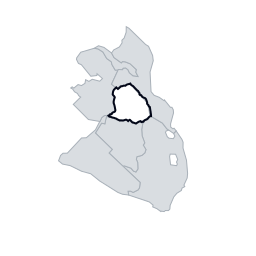 map of Zimbabwe with South Africa, Botswana, Namibia and 3 others greyed out, rotated 315°
{"feature_id": "ZWE", "entity_name": "Zimbabwe", "entity_type": "country or territory", "adm_level": 0, "iso_a3": "ZWE", "parent_name": "Africa", "parent_adm1": "", "projection": "equal_earth", "projection_center": [29.641, -19.023], "detail": "fine", "context": "with_neighbors", "style": "outline", "palette": "ink", "viewbox_px": 256, "rotation_deg": 315, "n_neighbors": 6, "source": "natural_earth", "source_scale": "50m", "svg_char_len": 5409}
<svg xmlns="http://www.w3.org/2000/svg" viewBox="0 0 256 256"><g transform="rotate(315 128 128)"><path d="M81.1,175.9L83.3,172.7L85.2,174.5L86.1,177.2L91.4,178.9L93.9,178.4L98.1,175.1L97.4,151.3L98.7,152.3L101.7,158.5L101.4,162.4L102.5,164.7L106.0,164.0L110.5,159.2L111.7,156.1L114.0,154.6L118.4,157.2L122.3,157.5L125.4,156.0L126.7,150.9L129.3,150.4L132.4,143.6L136.7,138.7L143.6,133.9L152.2,134.9L155.8,148.8L154.9,156.0L155.3,158.3L152.8,157.1L151.4,157.6L149.6,161.9L149.7,164.1L152.5,167.6L155.4,166.9L156.4,164.1L160.0,164.1L158.1,174.1L156.9,177.0L152.7,181.1L146.6,192.1L138.0,202.3L134.5,205.2L127.2,207.9L126.7,209.6L123.8,208.7L121.5,209.9L116.5,208.7L111.7,209.1L103.1,212.5L100.3,214.9L98.2,215.0L96.1,212.8L94.5,212.7L92.4,209.9L92.2,210.8L91.4,205.5L89.7,201.3L91.2,200.2L90.8,195.4L81.1,175.9ZM143.1,180.2L139.4,176.3L137.2,177.6L132.1,184.1L135.7,189.0L137.4,188.4L138.2,186.4L140.9,185.4L143.1,180.2Z" fill="#d9dde1" stroke="#a8b0b8" stroke-width="1"/><path d="M143.6,133.9L136.7,138.7L132.4,143.6L129.3,150.4L126.7,150.9L125.4,156.0L122.3,157.5L118.4,157.2L114.0,154.6L111.7,156.1L110.5,159.2L106.0,164.0L102.5,164.7L101.4,162.4L101.7,158.5L98.7,152.3L97.4,151.3L96.9,132.3L101.7,132.0L101.4,108.5L112.7,105.9L114.6,108.7L117.8,106.1L122.9,105.0L127.5,115.4L133.1,122.7L135.2,123.4L136.7,129.9L140.5,130.9L143.6,133.9Z" fill="#d9dde1" stroke="#a8b0b8" stroke-width="1"/><path d="M96.9,132.3L98.1,175.1L93.9,178.4L91.4,178.9L86.1,177.2L85.2,174.5L83.3,172.7L81.1,175.9L77.3,171.0L75.3,166.4L70.5,145.4L69.3,134.0L64.6,125.8L60.5,113.7L56.2,107.2L55.7,102.1L61.0,99.7L64.2,99.9L67.3,102.9L88.1,102.2L91.6,105.4L103.7,106.3L116.8,102.1L120.0,102.5L122.0,104.0L114.6,108.7L112.7,105.9L101.4,108.5L101.7,132.0L96.9,132.3Z" fill="#d9dde1" stroke="#a8b0b8" stroke-width="1"/><path d="M148.2,41.0L160.4,47.7L162.7,50.8L164.0,56.5L162.1,63.8L163.0,69.4L161.5,71.8L159.9,78.1L162.5,79.8L147.3,85.4L147.8,90.1L144.0,91.0L141.2,93.7L140.6,96.0L138.8,96.6L131.8,106.4L122.9,105.0L120.0,102.5L116.8,102.1L112.8,103.6L106.0,94.0L106.0,72.6L116.4,72.7L116.0,70.3L116.7,67.8L115.8,64.6L116.4,61.3L115.8,59.2L117.6,59.4L117.9,61.5L123.4,62.0L125.1,65.1L129.1,66.0L132.2,63.9L133.3,67.4L137.2,68.3L141.1,74.9L144.9,75.0L144.5,67.7L143.1,68.9L138.3,65.1L139.8,50.3L138.6,47.3L140.1,43.0L141.4,42.1L148.2,41.0Z" fill="#d9dde1" stroke="#a8b0b8" stroke-width="1"/><path d="M160.4,47.7L165.3,49.0L168.0,54.0L169.4,63.3L167.9,68.4L169.3,77.2L171.0,77.1L172.8,79.2L174.9,84.1L175.2,92.7L173.0,94.1L171.5,98.8L168.3,94.7L167.9,89.9L169.0,86.8L168.7,84.1L166.8,82.4L165.4,83.0L159.9,78.1L161.5,71.8L163.0,69.4L162.1,63.8L164.0,56.5L162.7,50.8L160.4,47.7Z" fill="#d9dde1" stroke="#a8b0b8" stroke-width="1"/><path d="M169.4,63.3L173.2,62.7L179.2,64.6L184.0,63.6L185.8,61.6L188.8,61.7L194.4,59.0L198.4,55.1L199.2,58.1L199.5,81.4L200.3,84.7L196.7,94.1L193.4,98.3L183.2,104.0L170.0,118.6L169.6,123.4L171.8,128.4L172.8,134.2L173.6,133.9L172.6,143.3L173.7,144.4L172.9,147.1L170.9,149.5L161.0,155.2L158.8,157.6L159.2,160.3L160.4,160.7L160.0,164.1L156.4,164.1L154.9,156.0L155.8,148.8L152.2,134.9L157.4,127.4L159.5,122.1L160.6,98.2L158.0,96.1L155.7,95.6L152.3,92.5L148.1,92.6L147.3,85.4L162.5,79.8L165.4,83.0L166.8,82.4L168.7,84.1L169.0,86.8L167.9,89.9L168.3,94.7L171.5,98.8L173.0,94.1L175.2,92.7L174.9,84.1L172.8,79.2L171.0,77.1L169.3,77.2L167.9,68.4L169.4,63.3Z" fill="#d9dde1" stroke="#a8b0b8" stroke-width="1"/><path d="M152.7,135.9L152.3,135.5L151.7,135.3L150.9,135.2L149.9,135.2L148.7,135.4L147.3,135.2L145.9,134.5L144.8,134.2L143.4,134.5L143.1,134.3L142.7,133.8L142.0,133.7L141.9,133.6L141.7,133.4L141.6,133.1L141.6,132.9L141.7,132.0L141.6,131.9L141.1,131.7L140.3,131.3L139.2,131.0L137.5,130.6L136.8,130.5L136.7,130.3L136.5,130.0L136.1,129.0L135.8,128.4L135.1,127.4L135.0,127.1L135.0,126.3L135.0,125.7L135.1,125.1L135.1,124.6L135.1,124.0L135.1,123.6L135.0,123.4L134.7,123.3L134.0,123.2L133.0,123.2L133.0,122.6L132.9,121.6L132.7,121.0L132.5,120.7L132.1,120.4L131.2,120.0L130.0,119.4L129.0,118.4L127.9,117.2L127.5,117.0L127.1,115.9L126.4,114.0L126.4,113.3L126.3,113.0L125.7,112.1L125.6,111.6L125.4,111.1L124.4,109.7L124.1,109.1L123.8,108.4L123.6,107.7L123.3,107.5L123.0,107.1L122.8,106.6L122.7,106.2L122.8,105.7L122.9,105.4L123.9,105.8L124.4,105.8L124.8,105.6L125.3,105.8L125.9,106.5L126.6,106.6L127.3,106.2L128.2,106.3L129.5,106.9L130.5,107.1L131.7,106.5L132.7,105.0L133.7,103.5L134.7,101.9L135.3,100.5L136.2,99.4L137.3,98.6L138.5,97.9L140.3,97.0L140.6,96.3L140.7,95.5L140.7,94.4L140.8,93.7L141.0,93.3L141.3,93.1L141.7,92.8L142.9,91.9L143.9,91.4L145.1,91.0L146.4,91.0L147.7,91.0L148.4,91.0L148.4,92.1L148.5,93.3L149.6,93.4L151.1,93.5L152.6,93.6L153.5,94.4L153.9,94.6L154.8,94.9L156.1,96.3L157.6,96.4L158.6,96.9L159.5,97.4L160.1,98.0L160.4,98.1L160.9,98.1L161.1,98.2L161.0,98.6L160.7,99.3L160.8,100.4L161.2,101.8L161.2,103.0L161.1,105.2L161.1,107.3L161.1,108.1L161.2,108.6L161.3,108.9L161.2,109.2L161.0,110.1L160.8,111.0L160.8,111.4L160.7,111.6L160.5,111.9L159.9,112.3L159.8,112.6L159.8,113.0L159.9,113.5L160.1,113.6L160.4,113.8L160.5,114.1L160.5,114.5L160.4,115.0L160.1,116.0L160.4,117.1L160.7,117.9L161.1,118.7L161.2,119.2L161.2,119.6L161.2,120.0L160.6,121.5L160.1,122.5L159.6,123.5L158.9,124.1L158.7,124.4L158.6,124.8L158.6,125.5L158.6,126.3L158.0,127.6L158.3,128.6L158.1,128.9L157.2,130.1L156.3,131.3L155.7,132.2L154.9,133.2L154.1,134.3L153.4,135.2L152.7,135.9Z" fill="none" stroke="#020617" stroke-width="2"/></g></svg>